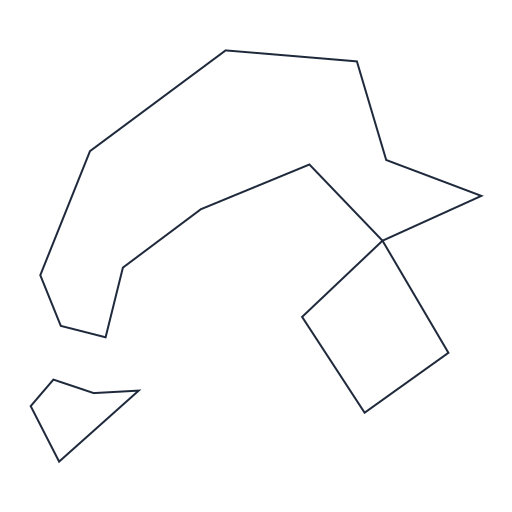 map outline of Hamilton (Natural Earth projection)
{"feature_id": "BMU-5137", "entity_name": "Hamilton", "entity_type": "state/province", "adm_level": 1, "iso_a3": "BMU", "parent_name": "Bermuda", "parent_adm1": "", "projection": "natural_earth1", "projection_center": [-64.722, 32.335], "detail": "fine", "context": "isolated", "style": "outline", "palette": "slate", "viewbox_px": 512, "rotation_deg": 0, "n_neighbors": 0, "source": "natural_earth", "source_scale": "10m", "svg_char_len": 407}
<svg xmlns="http://www.w3.org/2000/svg" viewBox="0 0 512 512"><path d="M382.5,240.7L309.4,164.5L200.9,209.2L122.9,267.6L105.6,337.3L60.8,325.9L40.3,275.2L90.0,151.1L225.6,50.4L356.9,61.4L386.2,160.0L481.3,195.9L382.5,240.7ZM302.1,316.9L382.5,240.7L448.4,352.8L364.6,412.7L302.1,316.9ZM30.7,406.1L53.4,379.6L93.7,393.1L138.7,390.6L59.1,461.6L30.7,406.1Z" fill="none" stroke="#1e293b" stroke-width="2"/></svg>